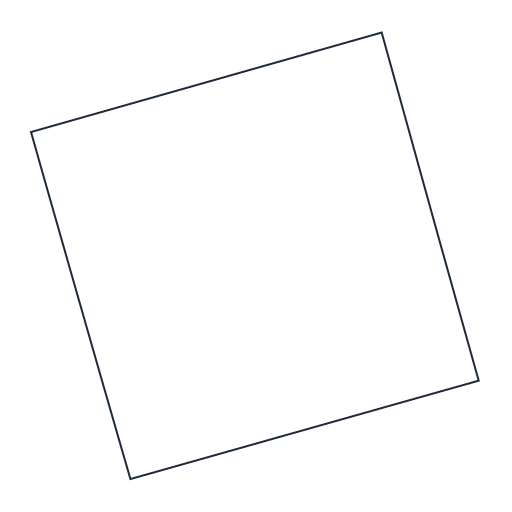 the district of Chapaleufú, La Pampa, Argentina, rotated 254°
{"feature_id": "61730980B17447660038504", "entity_name": "Chapaleufú", "entity_type": "district", "adm_level": 2, "iso_a3": "ARG", "parent_name": "Argentina", "parent_adm1": "La Pampa", "projection": "albers", "projection_center": [-63.678, -35.228], "detail": "fine", "context": "isolated", "style": "outline", "palette": "slate", "viewbox_px": 512, "rotation_deg": 254, "n_neighbors": 0, "source": "geoboundaries", "source_scale": "gbopen_adm2", "svg_char_len": 378}
<svg xmlns="http://www.w3.org/2000/svg" viewBox="0 0 512 512"><g transform="rotate(254 256 256)"><path d="M436.4,369.2L437.2,73.9L436.4,73.9L368.2,73.7L343.1,73.7L274.3,73.6L177.6,73.6L117.2,73.7L76.2,73.8L76.2,79.8L75.6,232.3L75.2,335.4L75.2,339.1L74.8,435.7L75.5,435.7L223.2,436.6L435.4,438.4L436.2,438.4L436.4,369.2Z" fill="none" stroke="#1e293b" stroke-width="2"/></g></svg>